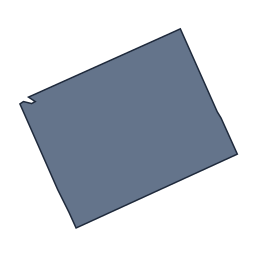 the district of Henry, Missouri, United States of America, rotated 154°
{"feature_id": "52423323B86043249608215", "entity_name": "Henry", "entity_type": "district", "adm_level": 2, "iso_a3": "USA", "parent_name": "United States of America", "parent_adm1": "Missouri", "projection": "robinson", "projection_center": [-93.766, 38.384], "detail": "fine", "context": "isolated", "style": "filled", "palette": "slate", "viewbox_px": 256, "rotation_deg": 154, "n_neighbors": 0, "source": "geoboundaries", "source_scale": "gbopen_adm2", "svg_char_len": 352}
<svg xmlns="http://www.w3.org/2000/svg" viewBox="0 0 256 256"><g transform="rotate(154 128 128)"><path d="M40.7,103.5L40.1,120.7L37.5,194.2L45.6,194.4L203.9,199.4L199.8,192.4L203.9,192.2L210.4,197.6L214.6,197.0L216.3,152.3L218.2,103.6L218.0,78.0L218.5,60.9L41.2,56.6L40.0,96.1L40.7,103.5Z" fill="#64748b" stroke="#1e293b" stroke-width="1.5"/></g></svg>